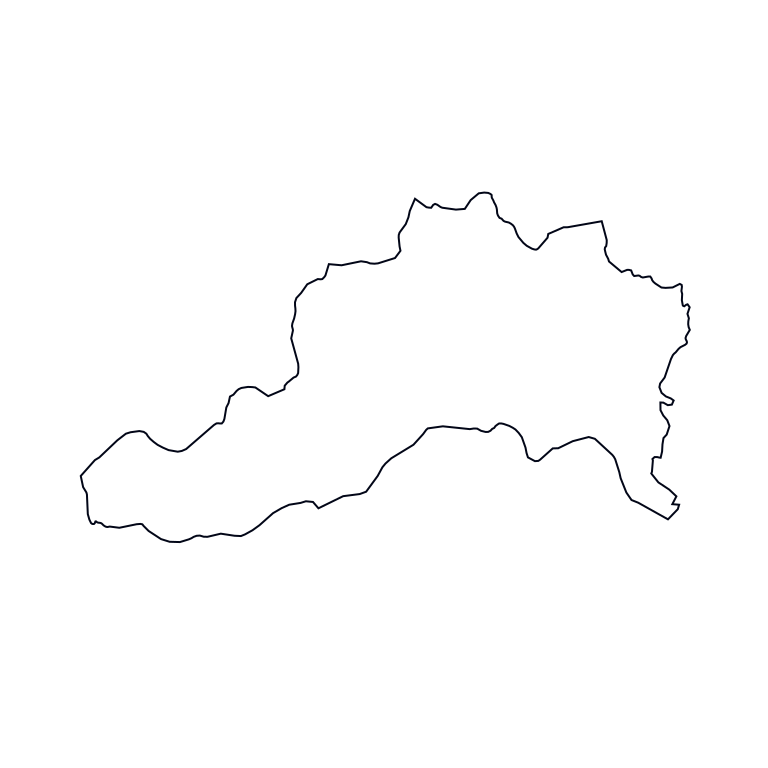 map outline of Yoro (Natural Earth projection), rotated 171°
{"feature_id": "HND-643", "entity_name": "Yoro", "entity_type": "Department", "adm_level": 1, "iso_a3": "HND", "parent_name": "Honduras", "parent_adm1": "", "projection": "natural_earth1", "projection_center": [-87.221, 15.309], "detail": "fine", "context": "isolated", "style": "outline", "palette": "ink", "viewbox_px": 768, "rotation_deg": 171, "n_neighbors": 0, "source": "natural_earth", "source_scale": "10m", "svg_char_len": 4080}
<svg xmlns="http://www.w3.org/2000/svg" viewBox="0 0 768 768"><g transform="rotate(171 384 384)"><path d="M124.7,205.9L151.5,227.0L157.7,230.7L161.6,238.9L165.0,253.9L165.4,260.2L167.4,273.5L168.4,276.2L169.6,278.3L184.3,296.9L190.1,299.6L206.5,298.0L222.0,293.3L227.4,294.0L241.7,284.8L243.6,283.9L247.0,284.2L253.3,289.0L254.0,293.5L254.2,299.1L256.2,309.9L258.6,314.6L261.3,318.5L263.6,320.6L266.8,323.0L272.2,325.9L274.1,326.6L276.5,327.0L278.3,326.2L280.5,325.0L282.0,323.4L284.2,322.7L286.1,321.2L288.6,320.4L291.3,320.8L295.5,322.6L299.0,325.4L302.5,326.0L306.3,326.0L332.5,333.0L347.7,333.3L349.5,332.1L353.2,328.4L364.4,319.4L388.4,309.5L395.0,305.2L398.6,302.0L404.6,294.2L418.5,280.4L425.2,279.1L441.9,279.6L468.2,271.5L472.6,278.6L479.5,280.4L485.0,279.6L496.5,279.6L504.5,277.4L513.8,273.8L529.1,264.0L536.8,260.1L544.8,257.2L549.1,256.2L555.4,257.5L568.6,261.7L582.1,260.7L585.8,261.3L589.6,263.1L592.8,263.4L595.9,262.8L598.3,261.8L601.0,261.1L610.3,259.8L620.4,261.7L628.5,265.7L639.5,275.7L643.7,281.5L644.6,283.2L646.4,283.9L650.2,284.2L667.9,283.4L677.2,286.1L679.4,286.0L680.2,286.2L681.3,286.7L682.2,287.4L683.2,288.4L684.5,290.2L685.5,291.0L686.6,291.4L687.8,291.7L688.7,292.1L689.5,292.8L690.0,293.4L690.5,293.4L690.9,292.8L691.5,291.7L692.4,291.1L694.0,291.4L695.1,292.5L696.2,296.1L696.9,301.8L694.7,321.3L694.9,323.4L697.3,329.2L697.9,340.6L681.4,354.1L676.7,356.0L656.2,370.1L646.7,375.3L641.8,376.0L633.0,375.8L628.8,374.3L626.5,372.1L625.4,369.5L623.6,366.5L620.5,362.8L617.1,359.3L612.4,355.8L607.1,352.4L598.3,349.4L594.2,349.5L589.6,350.7L558.4,370.1L555.6,371.3L553.7,371.1L551.9,370.6L550.4,370.4L548.5,372.0L547.1,374.5L543.4,385.5L540.5,389.5L538.1,395.7L534.4,397.0L530.7,400.2L528.4,401.6L525.5,402.4L518.8,402.4L514.8,401.6L511.6,400.7L500.3,390.1L483.2,394.4L482.3,397.9L479.1,400.6L477.8,401.2L472.3,404.5L469.8,405.1L468.3,406.4L467.1,408.2L465.9,414.0L465.6,417.5L468.5,443.6L465.6,451.0L465.5,452.3L465.7,454.0L465.8,455.7L465.0,458.2L462.5,462.8L460.9,466.8L460.0,469.8L459.7,472.6L459.6,475.3L459.1,478.7L457.1,482.6L451.6,486.9L444.2,494.5L433.0,498.0L430.1,497.3L428.5,497.3L426.3,498.9L424.9,500.3L419.7,511.0L407.3,507.9L387.5,508.8L381.8,507.0L378.9,505.3L374.6,504.3L371.0,504.1L353.4,506.7L346.9,513.0L347.1,517.4L346.6,526.3L346.1,528.9L344.9,531.2L337.5,538.5L333.8,544.8L331.5,550.8L324.4,562.1L314.4,552.0L312.1,551.2L309.8,550.7L307.4,553.2L305.4,553.9L303.3,552.7L300.5,550.0L298.9,549.0L285.7,545.0L276.8,544.3L269.6,552.1L260.6,557.5L255.1,557.4L251.1,556.4L249.2,555.1L248.2,554.0L248.2,553.0L248.4,551.9L248.3,550.9L247.3,548.2L246.9,546.3L245.8,543.3L245.3,540.8L245.2,538.8L245.5,534.8L245.1,532.6L243.9,530.0L242.0,528.9L240.4,526.4L239.0,525.4L235.5,524.0L233.6,522.5L231.9,520.7L231.0,519.1L230.4,517.2L229.4,511.9L228.2,508.1L224.3,501.6L221.4,498.2L216.7,494.5L214.5,493.4L212.8,492.9L211.6,493.2L210.4,493.8L199.6,502.9L198.3,506.5L182.1,510.7L178.0,510.1L143.5,510.7L141.5,491.3L142.0,488.5L143.0,485.4L144.3,484.3L144.9,482.6L144.8,480.5L144.5,477.0L143.0,472.6L142.6,469.8L131.8,457.4L126.0,458.7L124.2,458.4L122.1,457.5L121.2,453.3L120.0,451.5L115.8,451.4L114.6,450.9L113.3,449.5L111.7,448.7L106.3,448.8L104.2,448.5L103.2,446.4L102.9,444.6L101.9,442.7L100.3,440.8L94.9,435.9L90.9,434.9L83.8,434.2L76.2,436.6L74.5,435.3L74.5,433.5L75.7,429.3L75.4,426.3L76.7,420.2L76.6,415.0L76.3,414.4L75.3,413.8L73.1,415.0L71.7,415.2L70.1,412.0L73.3,405.8L72.6,401.2L73.6,398.4L74.2,395.5L74.2,392.5L73.5,389.6L78.0,384.2L79.0,382.2L78.9,380.7L78.4,379.3L78.2,377.9L78.8,376.6L80.5,375.6L85.4,374.0L87.6,372.6L91.0,369.6L92.7,368.6L94.2,367.3L96.7,363.7L105.8,346.5L111.2,341.3L112.5,337.8L111.2,331.8L107.5,327.6L103.0,324.9L100.5,322.4L102.9,318.6L107.0,318.7L111.0,321.9L113.9,322.5L115.0,314.9L113.1,309.2L109.9,303.9L108.6,297.8L112.7,289.8L116.4,286.9L118.4,280.8L119.9,273.8L122.3,267.9L123.4,268.2L125.6,269.1L128.2,269.5L130.6,267.9L130.4,266.4L133.1,255.3L134.0,253.8L128.4,243.9L118.8,235.1L112.8,227.3L118.0,220.2L111.4,218.6L113.4,214.4L124.7,205.9Z" fill="none" stroke="#020617" stroke-width="2"/></g></svg>